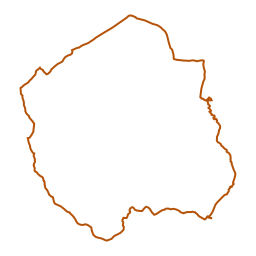 Ostra, Suceava, Romania
{"feature_id": "2599482B94281064097265", "entity_name": "Ostra", "entity_type": "district", "adm_level": 2, "iso_a3": "ROU", "parent_name": "Romania", "parent_adm1": "Suceava", "projection": "orthographic", "projection_center": [25.755, 47.362], "detail": "fine", "context": "isolated", "style": "outline", "palette": "amber", "viewbox_px": 256, "rotation_deg": 0, "n_neighbors": 0, "source": "geoboundaries", "source_scale": "gbopen_adm2", "svg_char_len": 5738}
<svg xmlns="http://www.w3.org/2000/svg" viewBox="0 0 256 256"><path d="M212.1,218.2L209.9,217.8L209.1,217.5L208.8,217.0L208.9,216.5L210.1,215.5L211.7,213.3L213.0,210.8L214.5,207.1L215.0,205.7L215.6,204.5L217.2,202.4L224.3,195.2L225.4,194.6L226.9,194.3L227.4,193.5L227.6,192.8L228.5,191.7L228.7,191.3L228.7,190.7L228.7,190.2L228.7,189.6L229.1,189.3L229.2,188.9L229.7,188.6L229.6,188.1L229.9,187.7L229.9,187.2L230.3,186.7L230.7,186.7L231.2,186.9L231.7,187.0L231.8,186.8L231.8,186.2L233.1,184.8L233.3,184.3L233.7,183.9L233.4,183.4L233.0,183.0L233.4,181.3L234.4,178.7L234.5,178.1L235.0,176.3L235.3,174.6L235.4,173.7L234.1,170.4L233.5,169.4L233.5,169.1L233.3,168.4L233.1,168.1L233.0,167.5L232.5,166.5L232.3,165.5L232.0,164.9L231.7,164.3L231.6,162.3L231.1,161.7L230.6,161.5L230.7,160.8L230.7,160.2L230.5,159.8L230.6,159.0L230.6,158.2L230.6,157.8L230.5,156.1L230.2,155.0L229.5,153.9L228.7,153.0L227.8,152.3L227.2,152.1L226.7,151.8L226.6,151.5L226.8,150.6L226.7,150.0L226.0,149.5L224.9,148.9L223.6,147.7L223.1,146.9L221.4,145.7L220.8,144.1L219.3,142.9L217.7,142.1L216.8,140.6L217.0,138.4L216.9,136.9L218.1,134.5L218.7,132.4L219.0,130.2L220.0,128.3L220.2,126.8L220.0,125.7L218.5,123.4L216.8,121.8L216.8,121.1L217.1,120.4L216.6,119.4L216.0,118.9L215.0,119.2L214.1,119.2L213.4,118.3L213.5,117.7L214.6,117.1L214.7,116.3L214.3,115.6L211.6,114.9L211.6,114.0L211.0,113.4L209.6,111.8L210.4,111.4L210.6,111.1L210.9,111.0L211.0,110.8L210.7,110.2L210.4,110.0L209.9,109.4L209.6,108.8L208.5,107.9L209.2,107.3L209.9,106.4L209.8,105.8L208.8,104.7L208.2,104.4L208.1,103.3L207.7,101.8L207.6,101.4L208.1,100.7L208.8,100.3L210.9,100.4L211.6,100.3L210.9,98.7L210.5,98.4L210.1,98.3L209.7,98.1L209.4,97.6L209.1,97.5L208.8,97.8L208.8,98.3L208.1,98.9L207.8,99.0L207.2,99.4L206.7,100.7L204.5,100.0L203.1,98.8L201.5,98.6L201.2,97.7L200.3,97.1L200.6,94.7L201.4,88.5L203.4,81.4L204.7,78.5L204.5,74.2L204.9,71.4L204.4,69.8L203.6,66.8L203.3,64.1L203.9,61.3L203.5,60.5L202.4,60.3L201.3,60.4L198.8,60.8L197.0,61.3L194.0,60.4L191.9,60.4L189.2,60.9L186.7,60.7L183.2,60.5L176.7,59.8L173.9,59.0L173.6,57.7L173.7,56.3L173.2,53.3L172.0,49.4L170.5,48.1L169.1,43.7L166.8,34.6L165.0,31.3L163.4,30.0L160.5,27.2L157.6,25.3L152.5,23.8L144.8,20.4L136.5,18.3L135.9,17.5L135.0,16.9L133.9,16.6L132.8,15.9L130.1,15.4L128.5,16.0L126.4,17.9L112.3,27.7L104.2,32.5L95.8,37.7L93.6,39.5L87.9,43.2L82.4,45.3L78.8,47.7L77.8,47.7L76.4,48.2L74.0,49.3L72.0,50.1L72.4,51.6L72.0,53.4L70.7,54.6L68.0,55.5L65.4,57.0L63.8,59.0L62.8,60.9L61.7,62.0L57.8,63.9L54.8,66.3L51.3,69.5L50.8,70.8L49.8,72.1L48.8,73.1L47.6,74.0L46.5,74.3L46.0,73.8L43.4,71.3L43.2,70.5L42.3,69.6L41.4,69.3L40.4,68.6L39.9,67.7L38.8,68.8L36.1,70.9L35.7,73.1L35.3,74.7L33.4,76.6L31.1,79.4L29.6,80.5L28.7,82.0L27.4,83.0L24.6,84.7L23.3,85.7L21.9,87.2L20.7,87.7L20.6,88.2L20.6,88.4L20.6,89.4L20.7,90.3L20.9,93.6L21.3,94.4L22.5,95.6L22.4,96.8L22.5,97.8L22.6,98.3L23.4,100.3L23.7,101.9L23.9,102.7L23.9,103.4L23.9,104.5L23.9,105.1L25.0,107.8L25.2,108.6L25.4,111.3L26.3,113.3L27.2,114.3L28.9,115.9L29.0,116.2L29.1,117.0L29.4,117.6L30.6,119.1L32.7,121.5L33.1,122.3L33.3,122.6L33.8,123.0L34.1,123.4L34.1,124.8L33.3,131.6L32.7,132.9L31.4,135.2L29.6,137.6L28.7,138.2L28.0,138.0L27.7,138.1L28.1,139.4L28.3,140.8L28.7,142.2L29.2,143.9L29.9,145.4L30.4,148.4L31.7,151.1L32.6,152.4L33.3,153.1L34.2,153.4L34.2,153.8L34.1,154.3L33.7,155.1L33.7,155.9L34.2,157.4L34.6,158.4L34.9,159.3L34.9,160.0L34.7,160.5L34.9,161.0L35.0,161.6L34.9,162.1L34.0,163.7L34.0,164.3L33.6,165.2L34.1,166.7L34.5,167.5L34.7,168.5L34.6,170.1L34.8,171.2L36.7,172.3L37.1,172.7L37.8,173.8L38.5,174.5L39.3,175.1L40.3,176.0L41.8,176.8L42.7,177.5L42.9,177.8L43.0,178.2L43.1,178.3L43.3,179.3L43.4,179.6L43.5,180.0L43.6,180.3L43.6,180.6L43.9,181.1L44.3,181.2L44.5,181.6L44.6,183.3L44.6,183.6L44.6,183.8L44.6,184.7L44.7,185.1L45.0,185.5L44.9,186.2L45.2,187.3L45.8,188.7L47.0,189.8L48.6,193.1L49.1,194.6L51.1,196.4L52.9,197.2L53.5,199.8L54.1,202.3L54.6,203.1L54.9,203.5L55.3,203.9L60.7,206.3L63.0,208.1L64.6,209.4L66.3,211.0L67.9,212.0L69.6,212.4L70.4,213.7L71.5,214.6L73.5,216.7L75.0,218.8L76.4,221.5L77.5,223.2L79.3,224.3L81.0,224.8L82.3,225.0L84.0,224.7L85.3,224.3L86.1,224.4L88.4,225.4L90.3,226.8L91.2,227.3L91.8,230.6L92.8,233.4L93.5,235.0L95.6,236.8L97.1,237.4L101.7,238.5L105.2,240.1L106.7,240.6L111.5,238.9L114.1,236.1L117.1,234.6L120.7,232.7L123.6,229.7L123.7,228.2L123.9,227.0L123.3,226.2L122.9,225.5L123.0,224.5L123.2,223.2L123.1,221.8L122.4,221.0L122.4,219.9L122.9,219.2L123.4,217.8L123.7,217.7L124.8,218.0L126.6,218.0L127.4,216.4L128.1,214.2L129.0,213.6L129.8,212.8L130.2,212.2L130.0,211.4L129.6,211.0L129.6,210.0L130.1,208.7L131.4,207.5L132.5,207.2L133.4,207.7L134.8,209.6L137.0,210.6L139.2,210.8L141.5,211.1L142.3,210.8L144.1,208.5L145.5,207.2L146.2,206.8L148.2,207.5L149.8,208.9L151.9,212.3L154.2,214.8L156.7,213.8L159.2,212.1L161.0,210.9L161.6,210.6L163.0,209.9L163.9,209.9L164.3,209.8L164.8,209.5L165.4,209.0L165.9,208.7L166.6,208.6L168.3,208.6L169.7,208.9L170.5,209.3L170.8,209.3L171.6,209.1L172.2,209.1L172.9,208.9L173.5,208.8L174.4,209.0L175.1,209.2L176.1,209.4L176.3,209.5L176.9,209.8L177.6,210.1L178.5,210.5L179.3,210.9L180.4,212.0L181.6,212.7L182.1,212.8L183.1,212.9L183.4,213.2L183.6,213.1L184.1,212.9L184.4,212.9L184.7,212.9L186.1,212.3L186.6,212.2L187.1,212.1L187.3,212.0L188.0,212.1L189.8,212.0L191.2,212.1L192.2,211.7L192.7,211.7L193.5,212.1L194.4,212.1L194.8,212.3L195.3,212.4L195.5,212.9L196.9,213.8L197.6,214.5L197.8,215.0L198.5,215.8L199.2,216.2L199.7,216.8L200.2,217.0L201.6,217.6L202.2,218.1L202.7,218.3L204.5,219.4L205.2,219.2L205.9,218.6L206.3,218.1L206.5,217.5L206.8,217.1L207.6,216.3L208.1,216.4L208.4,216.5L208.4,217.0L208.4,217.3L208.5,217.5L209.1,217.5L209.5,217.8L210.0,217.9L210.7,218.2L212.1,218.2Z" fill="none" stroke="#b45309" stroke-width="2"/></svg>